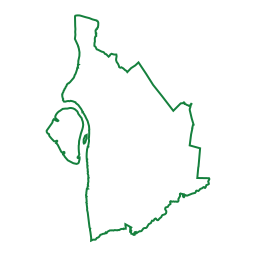 Duran, Guayas, Ecuador (Robinson projection)
{"feature_id": "8360857B97967949149299", "entity_name": "Duran", "entity_type": "district", "adm_level": 2, "iso_a3": "ECU", "parent_name": "Ecuador", "parent_adm1": "Guayas", "projection": "robinson", "projection_center": [-79.802, -2.217], "detail": "fine", "context": "isolated", "style": "outline", "palette": "green", "viewbox_px": 256, "rotation_deg": 0, "n_neighbors": 0, "source": "geoboundaries", "source_scale": "gbopen_adm2", "svg_char_len": 5695}
<svg xmlns="http://www.w3.org/2000/svg" viewBox="0 0 256 256"><path d="M166.0,213.3L166.3,212.1L166.3,211.1L165.2,209.4L165.2,208.4L165.6,207.5L167.9,206.8L168.7,205.2L170.4,204.1L170.5,203.5L170.1,201.8L170.6,201.2L170.9,201.2L172.2,201.7L173.5,201.4L174.6,201.7L176.0,201.5L176.9,201.8L177.8,201.7L178.1,201.4L178.5,200.8L178.4,199.0L180.1,196.0L179.9,194.2L180.0,193.8L180.6,193.5L181.3,193.8L183.9,194.3L183.8,195.0L182.9,195.6L182.9,196.0L183.4,197.0L183.9,197.2L184.1,197.0L184.8,195.7L185.5,195.1L186.6,195.6L187.3,195.6L192.2,193.6L195.1,192.9L195.6,192.3L196.2,190.8L196.7,190.6L198.4,191.0L199.1,190.4L200.2,189.0L202.2,188.2L203.5,187.1L204.1,187.1L204.6,187.8L205.1,187.9L205.6,187.3L206.4,185.1L207.9,184.6L208.8,184.0L208.8,183.4L208.2,181.4L209.3,179.3L209.3,178.8L209.0,178.2L197.3,178.0L198.3,167.1L198.5,166.8L200.1,148.3L189.7,145.4L191.1,134.4L192.4,128.2L192.2,128.1L193.0,124.9L193.6,124.7L191.7,118.4L189.7,109.9L189.8,108.7L190.4,107.0L190.6,105.6L191.4,104.1L191.7,103.1L190.0,105.5L189.0,105.9L188.5,105.5L187.0,105.0L185.5,104.1L184.7,104.0L184.5,103.8L184.5,102.8L184.1,102.4L183.7,102.4L183.2,103.1L180.7,103.4L173.3,110.8L162.1,96.2L153.1,84.9L146.1,73.8L138.5,62.4L135.3,65.4L131.1,68.1L127.3,72.1L126.6,71.0L125.0,70.0L123.3,68.4L121.4,67.3L120.5,67.7L119.6,67.4L119.2,67.1L118.8,65.6L118.0,63.8L116.7,62.0L116.1,60.2L116.1,59.1L116.6,56.2L116.3,54.5L113.9,54.5L111.5,53.8L110.3,54.6L109.8,55.6L108.6,56.7L106.2,54.2L105.4,54.1L104.7,53.6L104.2,52.7L103.8,52.3L102.9,51.9L101.8,51.7L98.1,49.8L96.7,49.3L95.5,46.8L94.4,45.9L94.4,45.4L94.5,42.9L94.9,41.7L94.8,38.3L95.4,36.4L95.7,36.2L96.2,36.0L96.2,34.9L95.8,33.9L96.3,33.6L96.3,33.2L95.6,32.1L95.6,30.3L96.2,29.7L96.3,29.2L97.1,28.9L97.2,28.0L97.9,27.5L97.9,26.6L98.2,25.9L98.3,23.0L98.2,22.3L97.7,21.3L97.0,21.0L96.7,20.5L92.5,19.4L89.3,18.1L85.7,17.2L80.3,15.6L79.1,15.4L77.1,15.4L75.4,15.7L75.1,16.1L75.0,16.7L75.2,26.2L75.4,29.2L75.2,31.9L75.4,34.8L74.9,38.9L78.0,45.6L78.1,46.4L78.5,47.0L78.4,47.2L78.8,48.4L79.5,52.3L79.4,56.0L78.3,61.0L78.3,63.3L77.9,64.6L78.0,65.0L78.3,65.0L78.0,65.3L77.8,66.6L78.0,67.5L77.5,67.4L77.1,68.3L77.1,69.2L76.2,72.0L75.5,73.9L74.7,75.1L74.3,76.5L73.8,77.7L69.9,82.3L69.1,82.8L68.9,83.2L68.3,83.3L66.9,84.5L66.6,85.7L65.7,87.0L65.1,88.5L64.4,89.2L64.2,90.1L63.7,90.7L63.4,91.9L62.4,93.7L62.2,94.5L62.4,94.7L62.2,95.8L62.7,98.1L63.2,99.0L62.9,100.0L63.4,100.6L63.8,101.5L65.0,101.7L67.3,101.1L68.7,101.0L69.1,101.2L69.7,101.2L70.3,100.9L71.0,100.9L72.8,101.3L75.5,102.3L75.6,102.7L76.0,103.2L78.3,105.0L81.2,109.0L82.1,110.7L82.3,111.8L83.3,111.0L82.6,112.0L84.1,114.2L85.0,115.9L85.2,116.0L85.8,117.5L87.6,121.0L89.0,126.0L89.3,129.8L89.0,130.2L89.2,130.9L89.2,133.5L89.0,137.6L88.7,138.9L89.0,139.8L89.0,141.4L88.2,145.9L88.4,146.6L88.2,146.7L87.9,146.4L87.8,146.6L87.7,146.8L88.0,147.1L87.6,147.5L87.1,149.3L86.7,153.3L86.6,156.4L86.7,158.7L87.2,159.1L87.2,159.3L86.8,159.3L86.8,159.5L86.9,160.9L86.9,161.7L87.3,162.2L87.2,164.9L87.3,165.4L87.6,165.6L87.6,166.0L87.4,166.1L87.3,167.0L87.7,169.2L87.8,170.2L87.6,171.0L88.0,171.9L87.7,173.6L88.3,175.3L88.3,177.5L88.7,177.8L88.6,178.1L88.4,178.2L88.2,178.5L88.4,181.9L88.0,182.9L88.1,184.0L87.8,184.5L88.1,185.7L87.9,185.7L87.8,185.9L87.5,187.7L87.1,188.4L87.7,188.8L86.8,189.1L86.3,193.0L86.4,193.8L86.1,194.5L86.0,195.3L86.7,196.6L86.5,196.8L86.2,196.6L86.1,197.0L86.4,197.8L86.7,201.6L86.3,202.4L86.8,203.2L86.6,203.4L87.2,208.6L87.1,209.3L87.1,210.0L87.7,212.4L89.5,227.2L89.8,228.2L90.1,228.4L90.3,227.9L90.3,228.3L90.3,228.6L90.0,228.9L90.0,230.0L90.4,232.0L91.2,238.0L91.1,240.6L93.0,239.7L95.1,239.7L95.7,239.5L96.8,238.0L98.1,237.5L99.1,236.8L100.4,234.8L101.5,234.5L102.8,233.9L104.8,233.6L105.5,232.7L105.8,233.2L106.4,233.2L106.8,232.9L107.3,231.8L109.9,230.4L111.5,230.4L111.9,230.3L113.7,230.5L114.3,230.1L114.8,230.1L117.5,230.3L118.1,230.0L119.1,230.1L121.1,229.0L122.6,228.9L123.6,229.1L123.8,228.7L124.0,228.8L125.2,228.6L125.7,228.7L125.8,227.2L125.4,225.4L125.4,224.2L131.2,227.4L131.1,227.5L130.2,227.2L130.1,227.7L130.7,228.0L130.8,228.5L130.2,229.4L130.2,230.0L131.1,230.3L131.3,230.8L131.0,231.2L130.1,231.5L130.1,231.9L131.1,232.6L131.3,233.7L131.9,233.8L132.7,234.2L133.5,234.8L133.9,234.6L134.6,234.8L134.8,234.4L134.3,233.8L134.2,233.2L134.8,232.2L135.8,232.0L135.9,233.2L136.5,233.3L137.4,232.5L139.7,231.2L140.6,231.3L141.5,231.0L143.4,228.5L144.2,228.1L145.9,228.0L146.8,227.4L148.7,224.2L150.8,223.1L152.0,220.7L153.0,220.8L153.5,220.7L154.6,219.0L155.5,218.5L156.0,218.7L156.6,219.6L157.1,220.0L157.8,220.2L158.3,220.0L158.7,219.4L160.2,217.9L161.2,217.2L161.9,215.7L162.4,215.1L164.9,214.3L166.0,213.3ZM73.1,108.4L71.1,108.0L69.9,108.0L67.3,108.6L65.4,108.6L62.7,108.9L59.6,111.1L58.8,111.5L57.5,112.7L56.2,114.4L55.5,115.8L55.2,117.1L55.8,118.4L58.1,120.4L58.3,120.7L57.8,121.1L57.4,121.1L55.5,120.3L53.9,119.1L53.5,119.5L52.8,120.8L52.5,122.2L52.1,123.0L46.7,130.6L46.7,131.6L46.8,132.1L47.7,133.5L48.9,134.0L49.1,134.4L49.2,135.6L49.6,136.3L51.7,138.8L54.0,141.2L55.0,141.4L56.9,140.7L57.2,140.9L57.2,141.3L56.1,143.1L56.5,143.3L57.7,144.8L61.1,151.5L61.7,152.3L62.2,152.6L63.8,151.9L64.3,152.1L64.5,153.0L64.2,153.3L63.0,153.8L63.0,154.5L63.8,155.0L64.8,156.8L67.8,160.3L73.3,163.2L76.5,163.9L77.6,163.6L78.4,163.1L78.8,162.4L79.6,159.1L79.6,157.4L79.1,157.4L78.7,157.9L78.2,158.1L77.7,157.9L77.6,157.5L77.6,157.2L78.2,156.6L79.3,154.5L78.9,152.0L78.7,148.7L78.7,145.5L78.9,144.9L79.1,141.0L80.9,133.6L82.4,129.1L82.9,127.1L83.2,124.8L82.8,121.7L81.9,119.3L81.7,118.2L80.4,116.6L78.3,113.8L77.6,111.9L77.1,111.2L74.8,109.2L73.1,108.4ZM84.4,143.4L85.3,142.3L86.7,137.6L86.7,134.9L85.2,135.7L83.7,139.3L83.6,142.5L83.9,143.5L84.4,143.4Z" fill="none" stroke="#15803d" stroke-width="2"/></svg>